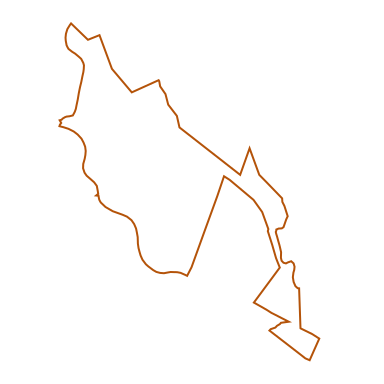 the district of Marchand, Castries, Saint Lucia, rotated 186°
{"feature_id": "8701671B76853731017795", "entity_name": "Marchand", "entity_type": "district", "adm_level": 2, "iso_a3": "LCA", "parent_name": "Saint Lucia", "parent_adm1": "Castries", "projection": "equal_earth", "projection_center": [-60.985, 14.004], "detail": "fine", "context": "isolated", "style": "outline", "palette": "amber", "viewbox_px": 384, "rotation_deg": 186, "n_neighbors": 0, "source": "geoboundaries", "source_scale": "gbopen_adm2", "svg_char_len": 2263}
<svg xmlns="http://www.w3.org/2000/svg" viewBox="0 0 384 384"><g transform="rotate(186 192 192)"><path d="M50.1,59.5L57.7,63.3L70.5,68.0L69.9,68.0L75.4,107.4L76.9,107.4L79.3,109.2L81.5,113.1L82.8,117.8L82.7,122.5L82.2,125.2L82.2,128.4L83.5,131.6L86.1,133.5L89.3,132.0L91.1,130.8L93.6,131.2L95.7,133.0L96.7,135.9L97.1,141.4L99.0,147.0L99.6,148.6L101.1,152.3L102.8,156.7L103.8,159.0L104.5,161.0L104.1,162.6L104.2,163.5L102.0,164.7L98.9,165.2L97.3,166.6L95.4,174.7L94.3,177.9L98.6,187.7L101.1,191.6L101.7,195.1L119.0,209.6L126.9,216.1L139.3,241.5L145.9,214.1L211.2,254.9L215.0,266.1L224.8,276.4L228.6,286.6L234.7,293.7L236.2,298.8L236.9,299.7L262.3,284.8L284.5,306.1L300.4,338.3L311.4,332.5L329.9,347.0L330.8,345.5L332.4,342.2L333.0,340.9L333.9,336.2L333.9,332.3L333.6,330.5L333.3,329.0L332.4,326.0L332.1,324.9L331.0,323.1L329.8,321.4L328.2,320.4L325.8,318.9L322.7,317.4L318.7,314.7L316.9,313.4L316.1,312.8L313.6,309.0L312.7,306.7L312.5,302.8L312.6,299.8L313.1,295.5L313.6,289.9L314.3,284.8L314.5,282.8L314.9,278.5L315.3,271.9L315.9,266.2L316.2,262.6L316.8,260.1L317.1,259.1L318.5,255.7L321.8,254.5L324.6,253.9L325.6,253.4L326.2,253.1L327.5,252.1L328.3,251.5L328.9,250.7L329.3,250.2L331.1,249.5L329.3,247.0L330.4,245.1L330.7,243.6L326.6,243.0L321.4,241.9L315.9,239.8L311.7,237.2L307.5,233.5L305.0,229.8L303.0,225.9L302.0,221.7L301.9,217.6L302.2,213.8L303.1,208.5L302.8,204.2L300.9,200.0L298.5,197.2L294.2,194.2L290.3,191.4L287.3,188.1L285.9,183.4L285.1,180.4L286.9,178.5L284.6,178.5L283.9,176.0L283.4,174.6L282.5,173.2L281.6,172.0L279.5,170.4L276.4,168.0L268.8,164.6L264.7,163.6L258.6,162.1L254.1,160.7L249.3,157.7L246.2,154.1L243.8,149.8L242.6,146.0L241.3,141.5L240.4,134.9L239.3,130.6L237.9,126.9L236.5,123.5L234.2,119.5L230.3,115.3L227.8,113.5L222.5,110.3L219.1,108.8L215.3,108.2L211.4,108.3L207.4,109.5L204.9,110.2L202.1,110.4L198.4,110.7L194.9,110.4L189.9,108.8L188.1,108.1L184.6,117.1L176.3,150.8L166.4,190.6L161.8,211.0L155.8,208.0L130.0,190.6L120.1,179.4L112.2,163.1L112.5,161.0L106.7,147.8L101.5,135.0L96.8,126.0L118.9,88.5L116.8,87.6L105.4,82.6L100.4,80.1L90.0,76.1L87.9,75.3L82.2,73.1L89.9,71.2L90.8,69.8L93.5,67.8L94.9,65.9L99.4,63.8L100.5,62.3L69.1,42.9L61.9,38.4L57.4,37.0L54.1,47.2L50.1,59.5Z" fill="none" stroke="#b45309" stroke-width="2"/></g></svg>